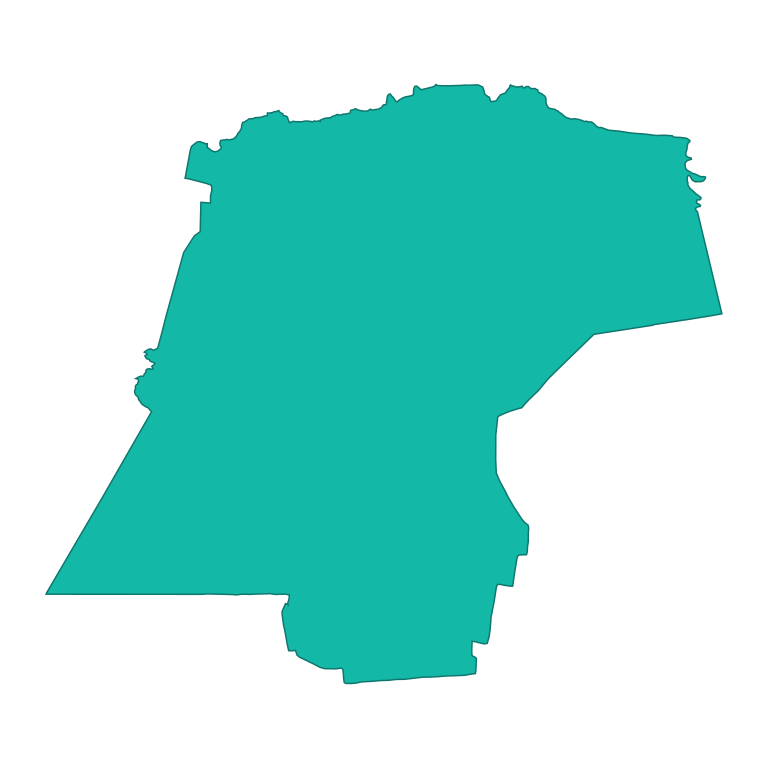 the district of Thma Koul, Batdâmbâng, Cambodia
{"feature_id": "14789045B92416650165307", "entity_name": "Thma Koul", "entity_type": "district", "adm_level": 2, "iso_a3": "KHM", "parent_name": "Cambodia", "parent_adm1": "Batdâmbâng", "projection": "orthographic", "projection_center": [103.109, 13.249], "detail": "fine", "context": "isolated", "style": "filled", "palette": "teal", "viewbox_px": 768, "rotation_deg": 0, "n_neighbors": 0, "source": "geoboundaries", "source_scale": "gbopen_adm2", "svg_char_len": 6061}
<svg xmlns="http://www.w3.org/2000/svg" viewBox="0 0 768 768"><path d="M185.1,178.3L187.8,178.6L207.1,183.6L208.3,184.2L211.0,184.9L211.8,187.3L211.7,191.0L210.5,195.8L210.5,203.1L200.9,202.3L200.2,231.6L194.7,235.6L192.7,238.4L183.7,252.5L166.0,316.4L161.2,335.3L158.8,344.1L157.6,348.2L154.7,349.8L152.7,350.1L151.2,349.0L149.1,349.1L145.6,351.0L144.3,352.2L146.5,353.2L147.2,354.3L146.3,355.1L145.0,355.4L145.1,356.6L146.7,358.7L149.4,359.6L149.9,360.8L151.1,361.7L153.5,362.4L155.0,363.4L154.1,364.7L152.8,365.4L151.8,366.4L153.2,368.7L151.4,369.2L149.2,368.7L147.2,369.1L145.9,370.3L145.9,372.5L145.0,373.2L144.3,373.9L143.5,376.2L140.7,376.2L138.9,376.9L135.8,378.6L137.9,379.1L138.7,380.5L137.8,382.8L137.6,384.1L136.6,384.6L135.5,385.7L135.4,387.0L135.5,388.8L134.6,391.0L134.7,392.2L135.1,393.7L135.6,394.8L138.2,397.3L138.5,399.5L140.0,401.2L141.6,403.8L143.2,405.1L146.0,406.9L147.8,407.6L148.6,408.3L149.2,409.2L151.6,411.6L101.5,499.0L46.7,592.7L46.1,594.2L202.5,594.3L206.7,593.9L231.8,594.5L236.7,594.9L241.0,594.3L245.6,594.2L249.9,594.4L254.9,594.1L267.2,593.8L269.5,593.6L274.4,594.3L277.1,594.5L279.9,594.1L282.0,594.3L285.5,594.1L289.3,595.0L289.1,598.3L288.6,600.6L287.9,602.3L287.8,603.3L288.1,604.9L286.8,604.0L285.5,603.6L282.5,610.5L282.0,611.9L282.1,614.3L283.5,624.6L285.0,631.6L287.5,645.6L288.7,650.7L291.4,650.8L295.5,650.5L297.1,655.2L299.7,657.3L311.6,663.0L320.2,667.4L324.9,668.7L330.0,668.7L335.5,668.9L341.3,668.0L342.9,669.4L343.3,673.3L343.6,677.7L344.2,682.5L345.7,683.4L351.2,683.5L355.8,683.1L361.4,681.9L372.3,681.3L379.9,680.6L388.5,680.3L396.9,679.4L404.7,679.3L422.7,677.2L429.4,677.1L437.4,676.7L446.0,676.0L455.3,675.7L464.7,675.3L471.8,674.0L475.4,673.6L475.9,670.0L476.4,658.4L474.5,656.9L471.8,655.6L472.0,654.2L471.7,651.9L472.1,641.3L475.6,641.8L479.4,642.8L484.3,643.9L487.2,643.4L489.1,636.9L490.1,629.6L490.7,622.3L491.0,617.5L494.1,601.6L496.2,588.1L497.3,584.5L499.6,584.3L505.0,585.4L510.9,586.2L512.7,586.1L514.8,571.4L517.0,558.4L517.6,556.2L518.6,555.1L523.4,554.7L526.3,554.8L526.8,553.8L527.3,551.6L527.5,546.9L528.3,541.5L528.3,533.7L528.7,527.8L528.0,525.0L524.9,522.7L521.6,518.8L513.7,506.7L508.5,497.8L505.7,492.2L499.5,480.6L496.3,473.1L495.7,459.6L495.8,435.0L497.8,416.6L502.3,414.3L509.8,411.3L517.1,409.0L521.8,407.7L525.6,403.2L529.8,398.8L538.2,390.8L548.3,378.7L557.0,370.1L593.9,334.3L652.8,325.2L654.0,324.6L692.2,318.8L711.9,315.6L721.9,313.8L697.4,211.6L695.9,210.3L695.5,208.4L697.2,207.0L700.2,206.4L700.5,205.3L699.5,204.5L698.3,203.8L697.1,203.2L696.4,202.4L696.7,201.3L696.7,200.1L697.8,199.9L699.4,199.9L700.4,199.5L701.1,197.8L700.1,196.8L698.2,195.4L696.0,193.9L694.0,191.9L689.9,188.3L688.7,186.5L687.8,184.7L687.9,182.6L687.1,180.7L687.2,179.4L687.2,177.7L687.5,176.5L688.4,175.4L689.5,175.4L691.3,178.2L691.6,179.2L693.1,180.7L695.8,181.9L697.5,181.6L699.4,181.8L702.8,181.2L703.8,180.5L704.5,179.6L705.1,178.7L705.6,177.2L704.4,176.6L701.2,176.7L698.9,175.9L697.3,175.0L695.3,174.1L692.1,173.2L689.3,171.4L687.3,170.4L685.6,168.5L685.2,166.0L685.0,163.3L686.2,161.7L687.4,160.5L689.5,159.9L691.4,159.2L691.2,158.1L687.7,157.1L686.2,156.0L685.8,154.3L685.8,152.9L686.8,149.9L687.1,148.0L687.2,146.2L688.0,143.1L689.3,142.2L690.0,141.0L688.9,139.7L686.4,138.2L680.1,137.4L676.6,137.3L673.3,137.0L672.4,135.8L665.7,135.3L661.4,135.3L656.5,135.5L655.3,135.4L646.3,134.2L640.4,133.7L633.6,133.3L625.6,132.2L619.6,131.2L608.7,130.2L600.9,127.4L599.3,127.7L596.5,126.4L595.2,124.9L593.5,123.5L592.4,122.4L591.0,121.9L589.6,122.1L588.7,121.6L587.5,121.7L586.3,121.2L585.4,121.2L584.3,121.7L582.3,120.5L580.7,120.1L579.0,119.5L574.8,118.7L571.0,119.1L569.2,118.4L567.4,117.9L566.2,117.5L564.0,115.9L561.4,113.6L559.3,112.4L558.2,111.2L556.3,110.4L555.0,109.4L553.5,109.0L552.2,108.9L550.3,108.5L548.7,107.9L547.7,106.6L546.4,104.4L546.0,102.2L546.0,99.8L545.7,97.6L544.5,95.8L543.1,95.0L541.6,93.6L539.9,93.0L538.4,92.2L537.9,91.0L537.7,89.9L536.2,89.3L535.0,88.5L531.9,88.7L529.9,87.9L528.6,86.6L527.1,86.5L525.6,86.9L524.2,87.9L523.0,87.9L522.6,86.9L521.9,86.1L520.0,86.8L515.7,87.0L513.9,86.1L512.3,86.0L510.6,85.0L509.8,85.9L510.0,87.1L507.9,89.3L506.1,91.6L505.5,93.0L502.9,93.8L500.4,94.9L499.5,96.3L497.9,98.0L497.1,99.6L496.3,100.6L494.9,101.2L492.5,101.4L491.0,101.7L490.2,100.2L489.4,97.4L486.5,95.6L484.8,94.0L483.8,90.1L482.6,86.9L481.1,86.4L480.2,85.8L478.0,84.9L468.4,85.2L464.6,85.1L461.4,85.4L451.8,85.7L443.8,85.8L438.4,85.6L437.0,85.3L435.9,84.5L434.5,86.2L432.8,86.9L422.8,89.4L420.9,89.6L418.2,87.2L416.4,86.0L414.7,86.4L413.6,89.2L413.4,94.7L411.9,95.5L408.9,96.3L405.6,96.8L402.9,97.8L399.3,100.0L396.9,101.9L395.7,101.1L393.3,97.5L391.4,95.7L390.4,94.0L388.6,94.4L387.4,96.1L386.8,100.5L386.4,101.8L386.4,103.5L385.7,104.8L384.5,104.7L383.6,104.9L382.6,105.7L381.8,107.3L378.3,109.2L375.6,109.5L372.6,110.1L370.5,109.2L369.2,109.8L368.5,110.7L365.2,111.2L359.7,110.5L357.1,109.5L355.4,108.7L353.2,109.9L351.1,110.1L350.3,110.9L350.5,112.7L349.5,113.3L347.8,113.5L346.3,114.0L343.8,114.0L340.5,115.0L338.8,115.0L337.3,114.4L334.6,115.7L331.9,116.6L330.2,117.9L328.1,117.9L326.0,118.1L323.4,118.8L320.2,120.2L320.2,121.4L318.7,120.9L315.8,121.4L314.4,120.9L312.5,121.9L310.5,121.4L307.9,121.1L304.7,121.1L301.6,121.8L294.8,121.6L293.6,121.3L292.5,121.5L289.6,122.7L287.9,119.0L287.5,117.1L286.6,116.4L285.4,116.0L283.3,115.5L282.7,113.7L281.3,113.1L279.5,111.9L278.8,110.5L275.8,111.7L274.2,111.7L272.1,112.7L268.5,113.1L267.4,113.0L267.3,115.6L265.8,116.0L264.2,116.0L263.2,116.6L259.9,117.4L255.0,117.7L253.4,118.5L250.1,118.9L249.1,118.8L246.9,120.5L245.6,121.2L244.3,122.2L242.8,122.3L241.8,124.8L241.6,125.9L241.6,127.0L241.2,128.9L240.4,130.0L239.5,132.0L238.6,132.3L236.5,136.1L234.4,138.1L233.0,139.0L229.2,139.9L227.3,139.4L224.3,140.0L223.0,140.0L220.5,140.5L220.3,141.7L219.8,142.9L220.3,145.8L221.4,146.9L220.7,149.0L217.4,151.3L215.5,151.7L214.1,151.7L211.2,150.4L209.6,149.0L207.3,147.5L207.3,143.7L205.8,143.8L199.8,141.6L197.0,142.1L193.6,144.6L191.4,146.6L190.2,150.7L185.1,178.3Z" fill="#14b8a6" stroke="#0f766e" stroke-width="1.5"/></svg>